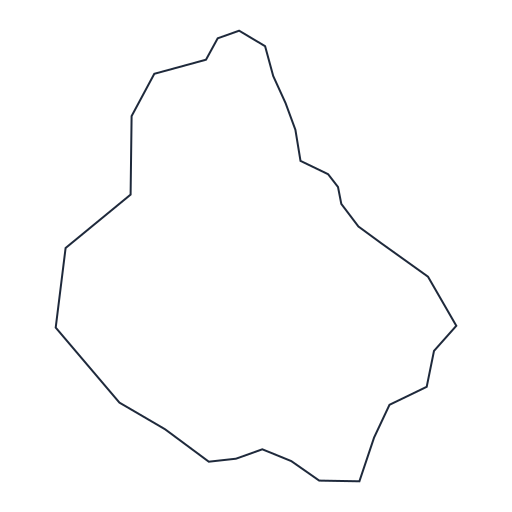 Monseñor Nouel, Albers equal-area conic projection
{"feature_id": "DOM-1976", "entity_name": "Monseñor Nouel", "entity_type": "Province", "adm_level": 1, "iso_a3": "DOM", "parent_name": "Dominican Republic", "parent_adm1": "", "projection": "albers", "projection_center": [-70.39, 18.916], "detail": "fine", "context": "isolated", "style": "outline", "palette": "slate", "viewbox_px": 512, "rotation_deg": 0, "n_neighbors": 0, "source": "natural_earth", "source_scale": "10m", "svg_char_len": 514}
<svg xmlns="http://www.w3.org/2000/svg" viewBox="0 0 512 512"><path d="M273.2,76.0L285.6,103.2L295.4,129.8L300.5,160.9L328.1,174.2L338.0,187.0L341.3,203.9L358.4,226.5L381.2,243.2L428.0,276.7L456.3,325.8L434.0,350.9L426.7,386.8L389.5,404.8L374.1,437.5L359.4,481.3L319.2,480.6L291.3,461.1L262.3,449.3L236.0,458.7L208.8,461.7L165.1,429.3L119.4,402.6L55.7,327.6L65.6,248.0L130.6,194.6L131.6,116.1L154.3,73.8L206.0,59.7L217.7,38.3L239.1,30.7L265.1,46.2L273.2,76.0Z" fill="none" stroke="#1e293b" stroke-width="2"/></svg>